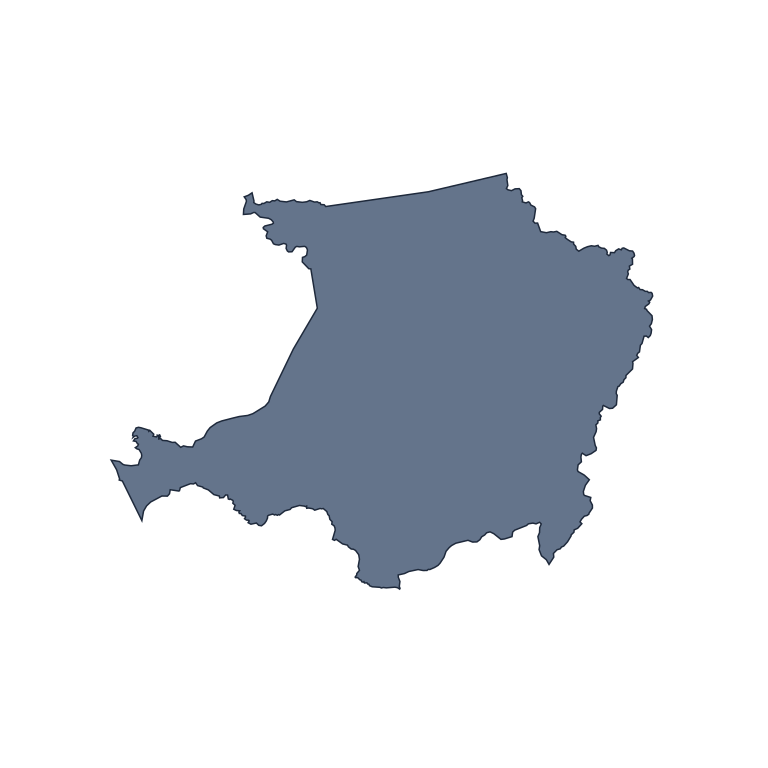 Thma Bang, Kaôh Kong, Cambodia (Robinson projection), rotated 72°
{"feature_id": "14789045B69195148792463", "entity_name": "Thma Bang", "entity_type": "district", "adm_level": 2, "iso_a3": "KHM", "parent_name": "Cambodia", "parent_adm1": "Kaôh Kong", "projection": "robinson", "projection_center": [103.537, 11.691], "detail": "fine", "context": "isolated", "style": "filled", "palette": "slate", "viewbox_px": 768, "rotation_deg": 72, "n_neighbors": 0, "source": "geoboundaries", "source_scale": "gbopen_adm2", "svg_char_len": 6170}
<svg xmlns="http://www.w3.org/2000/svg" viewBox="0 0 768 768"><g transform="rotate(72 384 384)"><path d="M606.6,282.8L601.1,276.0L597.5,275.2L595.1,270.6L595.2,267.3L593.9,265.6L593.7,263.2L590.8,258.2L586.4,253.1L585.3,252.6L583.7,249.2L581.5,248.2L581.1,244.4L578.0,239.0L575.7,240.2L573.6,237.8L571.6,234.3L571.8,231.5L571.1,229.4L570.2,228.9L566.4,224.1L563.5,223.2L558.7,224.0L555.8,222.4L551.9,227.8L550.7,228.2L547.8,227.6L542.6,223.8L538.5,218.3L532.5,221.7L527.2,226.5L525.5,226.6L520.9,224.4L519.0,220.3L514.3,219.3L511.9,218.0L511.1,216.8L514.6,214.0L514.3,208.5L512.6,202.8L510.4,201.7L507.7,202.1L499.5,201.2L494.9,197.0L492.1,195.6L488.4,195.2L487.1,192.6L485.1,192.0L485.0,189.3L482.7,188.6L481.7,187.4L478.9,188.5L477.5,188.0L475.7,184.0L472.7,182.8L472.2,182.0L477.0,177.1L477.7,174.1L475.6,169.4L466.8,165.7L464.9,166.1L462.6,165.2L458.7,162.3L458.7,161.0L456.9,158.7L456.2,156.0L454.0,154.4L452.8,152.0L450.6,151.2L446.5,143.0L441.5,140.9L439.6,140.7L437.4,133.9L434.8,134.8L433.2,133.2L432.4,131.1L426.4,128.2L425.2,126.1L418.9,121.9L419.5,119.6L421.5,118.3L420.2,115.8L418.3,114.3L415.0,112.7L411.0,113.6L409.3,111.1L405.6,108.8L401.9,108.0L395.4,111.2L394.1,111.2L392.8,112.8L391.0,111.5L389.6,107.3L388.3,106.0L386.8,106.9L386.5,104.6L383.4,101.3L380.6,101.0L379.4,101.7L378.8,104.1L377.2,105.0L376.6,106.9L374.2,109.0L373.3,111.3L370.9,112.0L370.9,113.3L367.5,115.7L360.7,117.7L360.0,119.8L358.6,120.7L354.8,117.6L352.6,117.6L351.2,116.5L350.7,114.7L347.7,114.2L346.9,110.6L341.9,109.1L341.0,109.5L340.1,106.8L339.2,106.0L336.8,105.8L334.4,106.5L333.1,109.5L328.7,113.9L328.5,115.5L329.7,116.9L328.0,119.1L328.8,122.4L330.3,124.2L328.9,127.9L331.0,129.1L331.4,130.5L329.3,131.9L327.8,131.0L325.5,131.0L323.1,132.5L322.0,135.1L319.9,137.3L318.3,137.6L318.1,141.1L316.6,144.1L316.3,148.1L316.6,152.0L317.9,157.7L315.2,159.5L312.4,159.1L309.6,160.4L307.7,159.9L306.7,162.0L303.0,165.0L300.8,166.4L299.7,165.4L298.5,165.7L297.0,168.6L292.2,172.5L291.8,175.9L290.7,178.2L290.3,182.8L287.5,187.9L278.4,188.2L277.7,190.7L275.2,191.9L272.7,189.9L264.1,185.6L262.1,186.1L259.2,189.0L256.4,189.5L255.4,190.4L255.7,193.0L253.5,196.2L252.3,195.5L249.4,195.4L248.4,194.0L246.4,194.8L242.5,194.0L240.0,195.0L238.9,199.1L239.5,203.0L237.6,206.1L236.0,207.2L233.5,204.9L227.6,203.9L225.9,202.9L221.5,202.7L214.9,282.3L197.2,384.6L195.0,385.5L193.8,388.6L191.8,388.8L191.6,389.9L190.1,391.2L189.5,393.9L186.5,397.8L186.8,401.2L186.0,405.5L183.5,410.9L181.1,412.5L180.7,420.5L178.0,426.4L175.4,428.5L176.1,431.3L175.1,433.6L175.9,436.6L174.5,439.2L175.2,442.4L174.5,444.2L175.2,445.1L175.0,447.7L173.3,450.2L171.2,451.8L169.8,451.1L161.4,450.4L162.6,454.7L162.8,459.1L166.1,458.1L167.9,458.5L174.2,463.3L179.3,465.3L181.0,458.3L180.6,454.9L181.1,453.6L187.0,450.2L190.7,442.6L193.0,440.4L195.7,439.3L196.9,439.5L197.4,441.2L196.9,448.5L197.8,450.5L199.1,450.7L203.3,447.6L206.7,450.3L209.2,450.4L210.9,447.7L212.5,446.5L216.5,445.8L217.8,444.3L219.4,441.0L219.3,436.0L220.6,434.0L221.9,433.8L224.8,435.2L227.6,434.8L228.9,433.9L229.8,430.6L226.4,426.0L226.2,424.4L227.4,422.1L228.5,417.2L229.2,416.2L230.8,415.5L232.9,415.4L237.5,417.7L238.4,420.0L238.4,422.4L242.6,424.0L251.1,419.9L251.9,418.0L291.3,424.0L322.7,459.4L360.8,495.9L365.4,499.1L368.3,503.9L371.7,517.9L371.8,523.3L370.2,531.7L369.7,538.2L369.0,549.7L369.3,555.1L371.7,562.8L374.2,566.6L378.8,571.4L379.7,574.5L380.0,580.9L384.8,585.4L383.0,590.3L380.9,593.8L381.4,596.9L374.9,600.6L374.1,603.5L370.9,607.9L369.2,612.1L367.0,613.2L366.7,615.2L365.1,614.7L365.6,614.2L365.1,612.9L363.2,613.0L362.9,613.4L363.8,614.1L362.6,615.5L363.6,615.9L364.0,616.8L362.3,619.8L360.6,618.5L355.6,621.1L356.3,622.3L354.9,622.4L350.5,628.7L349.3,630.9L349.2,633.4L351.8,635.7L352.9,637.8L355.3,639.0L356.4,638.4L357.2,639.1L356.5,637.1L356.8,635.1L359.0,634.6L359.4,635.4L359.0,637.7L360.7,639.9L362.1,637.5L364.5,637.0L365.4,636.2L366.8,637.3L367.7,640.2L369.4,639.0L370.6,637.2L374.9,636.2L377.1,636.5L379.1,637.5L380.8,639.8L385.0,642.6L383.6,649.8L380.9,655.7L379.7,657.2L376.0,659.5L372.1,667.0L383.0,664.8L392.4,664.8L393.5,665.5L395.4,662.8L439.1,656.5L430.5,651.9L426.5,647.4L424.1,642.3L421.9,629.9L423.7,624.6L422.1,621.9L418.5,620.0L422.4,612.2L422.3,611.5L419.6,609.7L419.0,598.9L420.2,596.0L419.7,593.7L423.0,592.7L426.0,588.2L427.0,588.0L430.4,583.8L436.6,580.0L439.7,575.2L441.5,575.5L442.4,571.8L440.6,568.9L441.3,567.1L445.3,567.6L446.0,566.7L445.8,565.9L447.9,563.8L448.9,563.6L450.7,564.6L453.3,563.1L456.7,565.6L458.7,563.5L460.0,560.4L461.0,561.6L462.4,561.6L463.0,560.1L465.3,559.4L466.8,556.6L467.9,556.9L469.0,558.3L470.9,556.9L471.8,554.8L472.5,554.5L473.9,556.1L476.2,553.9L476.8,548.3L479.7,546.8L481.0,544.3L479.7,540.7L477.9,538.3L475.5,536.2L473.6,535.5L473.2,534.4L473.3,530.1L474.8,528.5L474.6,527.4L475.9,526.0L475.6,524.6L476.3,523.8L474.0,517.5L474.3,512.1L473.1,510.1L473.4,501.9L475.6,497.3L476.4,496.6L476.2,495.3L478.3,495.9L478.7,493.9L480.6,490.4L482.6,488.9L482.6,483.3L483.5,481.8L483.6,480.3L487.6,477.8L490.9,477.7L492.2,476.9L496.0,477.3L498.9,475.9L501.2,477.0L503.4,475.3L505.6,475.1L508.0,475.6L515.9,481.0L517.4,479.4L516.9,477.5L523.3,472.8L526.0,468.5L527.8,468.2L530.8,466.2L531.7,464.1L533.5,462.5L538.5,460.8L543.1,461.5L549.6,465.0L553.6,464.9L555.8,468.4L557.2,469.0L558.7,471.1L559.4,470.9L560.0,468.9L562.7,467.5L563.4,466.5L565.3,466.2L566.0,465.0L565.8,464.2L567.2,464.1L567.8,461.7L569.2,461.3L569.8,460.2L571.3,460.1L573.2,457.9L576.1,450.7L577.2,449.5L577.3,447.6L578.6,444.8L580.6,436.4L581.9,434.1L583.9,432.5L583.3,431.9L581.2,432.0L576.8,429.9L572.1,430.1L570.0,429.5L570.6,423.1L570.0,418.3L571.0,408.9L573.5,404.4L574.6,400.7L574.0,399.2L574.6,397.7L574.1,392.6L573.2,388.7L571.7,386.0L567.2,380.4L562.3,376.7L559.7,372.5L558.5,369.6L557.6,364.9L558.6,352.4L561.7,348.6L562.9,344.4L561.7,340.9L559.5,338.3L558.7,334.9L557.2,332.4L557.4,328.8L560.3,325.8L567.9,320.8L568.6,317.3L568.7,309.4L564.6,307.4L563.4,304.8L562.6,292.1L561.6,289.9L562.3,285.4L564.0,282.6L563.6,278.7L565.7,277.7L568.7,280.3L573.4,282.0L576.7,284.8L585.9,285.9L589.4,287.7L596.1,287.3L601.3,283.9L606.6,282.8Z" fill="#64748b" stroke="#1e293b" stroke-width="1.5"/></g></svg>